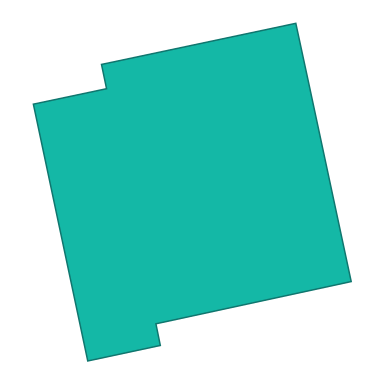 Guthrie, Iowa, United States of America, rotated 78°
{"feature_id": "52423323B90698897745067", "entity_name": "Guthrie", "entity_type": "district", "adm_level": 2, "iso_a3": "USA", "parent_name": "United States of America", "parent_adm1": "Iowa", "projection": "orthographic", "projection_center": [-94.519, 41.683], "detail": "fine", "context": "isolated", "style": "filled", "palette": "teal", "viewbox_px": 384, "rotation_deg": 78, "n_neighbors": 0, "source": "geoboundaries", "source_scale": "gbopen_adm2", "svg_char_len": 282}
<svg xmlns="http://www.w3.org/2000/svg" viewBox="0 0 384 384"><g transform="rotate(78 192 192)"><path d="M114.6,55.2L48.6,55.4L48.4,254.0L73.2,254.1L73.1,328.9L335.6,329.1L335.5,254.9L313.4,254.7L312.7,54.9L114.6,55.2Z" fill="#14b8a6" stroke="#0f766e" stroke-width="1.5"/></g></svg>